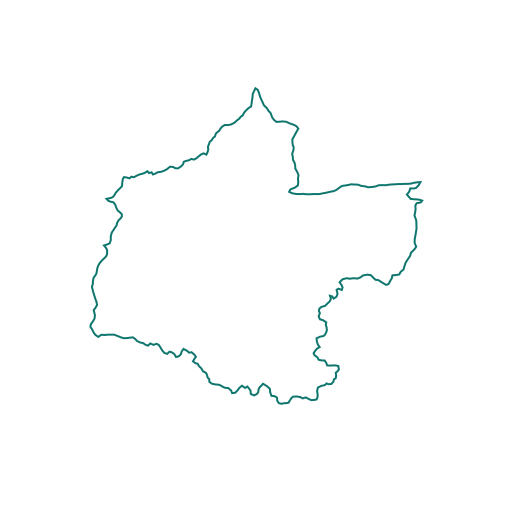 Araxá, Minas Gerais, Brazil, rotated 158°
{"feature_id": "56859067B23765834609949", "entity_name": "Araxá", "entity_type": "district", "adm_level": 2, "iso_a3": "BRA", "parent_name": "Brazil", "parent_adm1": "Minas Gerais", "projection": "albers", "projection_center": [-46.987, -19.634], "detail": "fine", "context": "isolated", "style": "outline", "palette": "teal", "viewbox_px": 512, "rotation_deg": 158, "n_neighbors": 0, "source": "geoboundaries", "source_scale": "gbopen_adm2", "svg_char_len": 5428}
<svg xmlns="http://www.w3.org/2000/svg" viewBox="0 0 512 512"><g transform="rotate(158 256 256)"><path d="M315.6,137.8L312.9,138.2L312.1,135.7L311.5,133.3L312.5,130.0L309.9,127.4L306.6,127.8L304.8,129.1L303.7,131.2L301.8,132.9L299.6,133.8L297.3,134.9L294.6,131.2L292.9,127.7L293.9,124.3L294.1,120.6L291.3,119.1L289.6,116.8L290.5,113.9L290.0,111.1L287.9,109.5L285.2,109.0L283.2,108.3L280.8,107.8L278.7,109.4L276.7,110.8L274.5,111.7L271.3,110.7L267.9,108.7L266.1,106.5L262.8,106.2L260.7,103.7L258.7,101.6L255.8,100.7L253.6,100.3L251.8,102.1L250.6,104.8L250.0,107.8L247.9,110.8L244.2,111.1L240.4,110.5L238.3,111.4L236.7,109.9L234.1,109.1L231.3,110.5L230.0,112.4L227.9,112.8L226.5,115.0L225.8,117.9L223.7,118.5L221.6,119.8L220.9,123.2L223.9,125.1L226.3,125.9L228.8,126.8L231.0,127.9L230.9,130.4L231.5,133.4L234.5,134.7L236.7,136.3L237.2,139.5L238.9,142.0L239.0,144.3L236.4,146.1L234.2,147.2L231.1,147.7L231.8,150.8L231.6,153.8L230.7,157.0L226.8,157.2L223.4,156.5L221.4,157.3L219.7,158.7L218.1,160.6L217.3,163.4L217.1,166.0L215.7,168.2L218.0,171.5L220.4,173.3L220.5,176.5L218.2,179.1L218.2,181.6L217.0,183.4L214.5,184.3L210.7,183.9L207.5,185.2L204.7,186.3L202.6,188.2L202.3,191.4L200.5,190.0L199.9,187.4L196.7,188.1L194.6,190.3L193.9,194.5L191.8,194.8L189.2,192.4L187.5,194.4L187.6,197.2L188.3,200.4L184.4,202.0L180.1,201.4L177.6,199.8L175.1,199.2L172.8,198.4L170.6,197.1L167.1,197.0L164.3,197.9L159.8,197.0L156.8,195.3L155.7,192.8L154.2,189.3L151.5,187.7L148.6,183.6L146.2,180.5L143.7,180.3L140.2,183.2L138.5,184.4L136.7,187.0L133.8,186.0L130.1,185.2L127.8,187.1L124.3,188.2L122.3,190.8L119.6,193.9L116.3,196.2L113.0,198.4L111.2,200.9L108.6,202.0L106.1,203.1L104.0,204.6L104.0,208.8L102.5,212.2L100.2,215.8L96.9,221.3L95.1,226.1L94.1,228.9L93.9,234.2L92.1,236.8L90.4,239.8L89.4,243.0L87.3,244.8L85.2,244.3L83.1,244.0L81.2,245.1L83.3,246.9L85.4,248.1L87.8,249.2L91.2,251.0L91.9,253.2L93.1,256.4L89.9,258.2L87.6,260.9L84.8,259.6L82.3,259.1L78.8,260.6L75.9,262.9L78.4,263.8L81.6,264.6L84.8,265.0L88.2,266.0L91.2,267.2L94.1,268.2L97.9,269.7L100.9,270.6L103.9,271.7L106.8,272.5L109.4,273.1L112.3,274.4L115.6,275.6L119.1,275.7L122.9,276.6L126.2,277.7L128.6,279.6L130.8,280.8L132.9,282.2L134.6,283.9L137.7,285.3L140.9,286.8L143.9,287.3L146.7,287.9L149.5,288.6L151.6,288.5L154.2,287.8L157.1,287.1L160.0,287.1L162.3,287.6L166.0,288.2L168.6,288.6L170.7,289.1L173.2,289.5L175.2,290.1L177.5,291.1L180.2,292.2L182.3,292.8L184.8,293.8L186.8,294.7L189.1,296.0L192.3,297.0L195.6,298.5L199.1,300.7L201.2,303.1L199.3,304.8L194.0,304.9L190.8,305.7L189.2,308.5L188.1,312.0L186.4,314.8L186.2,317.0L186.5,319.9L186.8,322.5L185.7,325.4L185.3,328.3L185.7,331.3L184.8,333.9L184.2,337.2L181.6,340.2L180.3,342.7L180.4,345.0L179.5,348.2L178.4,350.8L176.1,352.5L173.4,354.8L171.5,356.3L169.1,358.2L169.8,361.0L171.6,363.3L174.2,365.5L176.0,367.3L177.6,369.1L180.9,370.8L183.5,371.6L186.7,372.6L188.2,375.2L189.0,378.0L189.0,381.1L189.0,383.5L190.0,385.7L190.5,388.9L192.2,392.8L192.3,396.2L192.5,399.6L192.5,403.1L192.1,405.6L192.1,409.3L193.7,411.7L196.1,409.5L198.3,407.5L200.1,403.9L201.4,401.8L202.8,399.4L204.5,396.5L207.6,395.9L209.7,395.1L212.1,394.1L214.1,392.8L215.6,391.3L218.1,390.8L220.1,389.6L223.1,388.8L226.1,387.6L230.0,387.3L233.3,388.0L235.8,389.2L238.9,388.6L241.1,387.5L243.2,385.9L245.4,385.3L247.4,384.5L249.3,382.2L251.6,381.5L253.7,380.0L256.2,379.1L257.9,377.1L259.7,375.2L260.3,372.7L262.2,370.2L264.0,368.6L266.1,370.8L269.1,370.7L272.0,369.8L274.7,368.9L277.4,368.6L279.4,370.2L282.6,369.9L285.4,370.4L287.7,370.4L289.2,368.4L291.3,367.4L293.4,366.8L295.7,366.5L297.9,367.6L299.5,369.6L302.3,371.0L306.2,369.8L309.2,369.5L312.4,369.6L315.9,370.5L318.7,370.1L321.0,370.2L321.5,372.7L324.2,373.0L324.9,375.3L327.6,374.8L330.3,374.8L333.0,375.2L335.9,375.2L339.8,374.8L341.8,376.2L344.3,375.4L346.7,377.4L349.0,378.6L350.9,376.9L352.6,373.9L354.0,371.1L356.1,370.0L358.9,368.9L362.3,367.2L364.4,365.5L366.6,364.3L368.8,364.2L370.9,364.6L373.2,365.0L372.2,362.4L370.4,360.8L368.0,359.1L367.3,356.3L367.5,353.4L367.2,350.0L365.9,347.6L364.8,345.3L365.4,343.1L367.2,341.7L369.9,340.7L372.4,338.7L373.8,336.6L375.9,335.2L378.0,333.8L381.0,331.7L383.2,328.8L384.7,325.1L387.0,322.5L390.4,322.5L393.0,322.7L392.1,320.0L391.8,317.6L392.5,315.5L393.4,313.5L395.0,311.9L397.3,310.8L399.8,309.9L402.7,308.5L404.9,307.0L407.2,304.8L409.1,301.8L410.6,299.5L412.5,298.0L414.7,296.7L416.7,293.7L417.6,291.4L419.6,289.0L420.2,285.3L420.6,281.7L421.0,276.4L421.1,273.0L421.8,270.0L424.3,268.1L426.8,266.6L427.1,264.2L427.5,261.5L429.1,258.5L432.2,256.1L434.6,254.7L436.1,252.4L435.4,249.1L435.2,245.7L434.4,242.9L432.6,240.1L428.9,240.9L425.8,239.4L422.3,238.4L419.8,237.3L417.0,236.2L414.2,233.6L412.1,231.5L409.6,229.4L406.0,228.1L403.4,227.5L400.5,226.6L399.1,224.3L398.1,221.7L395.7,219.1L393.3,217.6L391.9,215.3L389.7,213.3L386.8,214.5L384.3,212.0L381.0,211.8L379.5,210.0L378.8,206.8L378.3,203.4L377.2,200.4L375.0,198.5L372.1,199.7L370.2,198.3L368.5,195.8L368.0,192.3L365.2,191.9L362.6,193.0L360.5,195.4L358.0,197.0L355.5,194.0L354.2,191.4L351.8,190.9L350.2,187.9L349.5,185.0L351.5,183.8L353.9,182.0L352.3,179.3L350.4,177.9L350.2,175.5L348.8,172.3L348.3,168.9L346.1,166.3L346.0,163.9L346.4,161.5L345.5,159.2L346.4,156.8L344.7,154.1L342.4,152.5L340.3,151.4L338.1,150.2L336.7,148.4L334.4,145.6L331.2,144.0L329.5,140.7L329.5,137.8L326.6,137.0L323.5,138.3L321.0,139.9L317.6,141.0L315.6,137.8Z" fill="none" stroke="#0f766e" stroke-width="2"/></g></svg>